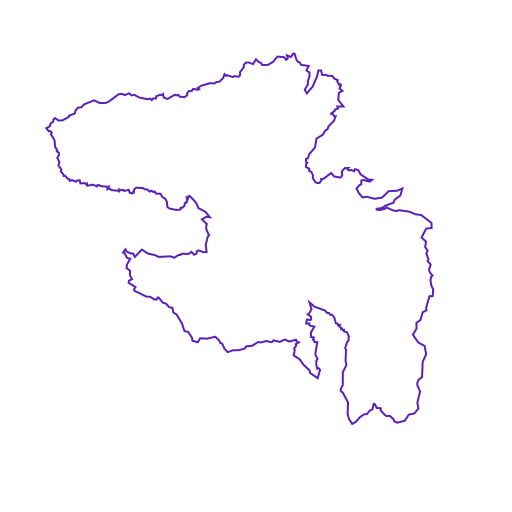 outline of Quito, Pichincha, Ecuador, rotated 348°
{"feature_id": "8360857B23484517950931", "entity_name": "Quito", "entity_type": "district", "adm_level": 2, "iso_a3": "ECU", "parent_name": "Ecuador", "parent_adm1": "Pichincha", "projection": "albers", "projection_center": [-78.517, -0.167], "detail": "fine", "context": "isolated", "style": "outline", "palette": "violet", "viewbox_px": 512, "rotation_deg": 348, "n_neighbors": 0, "source": "geoboundaries", "source_scale": "gbopen_adm2", "svg_char_len": 6027}
<svg xmlns="http://www.w3.org/2000/svg" viewBox="0 0 512 512"><g transform="rotate(348 256 256)"><path d="M402.0,387.4L402.2,379.0L396.8,374.4L393.1,365.6L398.0,360.3L399.0,354.7L403.5,352.8L407.4,345.7L411.4,344.6L411.8,341.8L417.3,331.4L420.5,332.0L422.4,325.4L421.4,321.7L421.6,315.8L423.1,312.7L424.6,311.9L422.5,307.9L422.5,305.2L425.1,300.6L422.8,296.7L424.0,295.1L423.1,289.0L425.0,286.3L423.3,282.6L425.3,277.4L421.8,272.3L428.2,264.6L433.6,265.1L434.5,260.1L426.1,250.3L420.6,248.3L415.4,244.6L405.1,240.8L403.1,241.4L399.1,239.7L393.8,235.7L391.5,236.7L386.3,236.8L383.7,235.7L383.8,234.9L389.0,235.3L393.0,233.7L401.7,232.4L403.4,229.7L409.8,226.8L413.2,220.4L407.5,221.5L399.2,220.2L391.4,225.1L383.9,224.7L376.5,221.0L372.4,220.9L369.7,215.9L368.4,210.8L371.7,208.3L373.9,207.8L374.7,204.1L376.9,204.0L382.6,206.9L385.3,205.7L381.5,204.3L375.3,197.9L373.9,193.3L370.8,191.6L369.6,193.5L367.1,191.7L364.5,191.5L363.4,189.7L364.4,189.1L361.2,188.5L357.6,191.0L357.1,195.0L355.0,196.9L348.9,194.4L346.8,190.4L337.9,194.6L335.7,194.3L335.7,195.6L333.4,197.7L331.2,197.4L329.5,196.1L327.7,191.5L328.5,189.1L327.7,185.4L325.6,183.7L326.2,181.6L323.4,179.4L324.0,176.7L325.6,175.5L324.6,174.4L325.1,171.5L327.1,171.2L329.1,167.6L336.3,162.1L339.5,153.8L346.7,151.2L349.6,147.9L352.5,146.6L353.8,144.3L360.4,139.9L363.0,135.8L361.6,135.5L360.6,133.2L359.1,132.7L359.4,131.9L362.9,130.7L363.7,129.2L366.8,128.9L366.6,126.7L372.6,127.9L368.9,120.3L371.0,113.6L374.9,112.5L372.5,109.5L373.7,108.0L373.3,106.7L374.4,106.8L374.5,105.8L372.4,104.6L371.8,102.1L372.5,101.0L369.4,98.7L368.1,95.8L363.5,94.6L362.3,93.3L358.4,92.8L358.2,88.0L355.6,87.5L353.1,93.0L346.7,102.0L339.6,107.5L338.3,103.5L342.4,99.0L343.3,95.2L345.6,91.7L346.5,87.7L343.9,85.0L347.1,81.1L339.8,78.4L339.0,75.7L337.5,75.0L336.4,72.7L335.8,66.1L334.7,65.7L331.6,68.6L328.0,66.2L328.2,69.3L326.3,70.4L324.8,67.4L318.4,65.4L313.2,69.6L307.3,71.6L301.8,70.4L300.9,68.0L299.0,66.9L296.9,63.6L293.0,67.6L289.1,65.2L286.2,64.7L283.8,66.6L283.2,69.0L278.7,72.7L278.0,76.0L276.3,77.0L272.4,75.6L270.5,76.1L265.2,73.1L264.3,73.6L263.0,71.6L260.9,75.0L256.7,77.8L253.2,77.7L251.3,78.6L246.9,77.4L237.5,78.1L234.1,79.5L235.1,81.0L233.8,81.3L229.3,79.5L227.5,81.2L224.3,80.8L222.3,82.8L222.2,84.3L219.2,85.8L214.5,84.3L213.6,82.2L211.3,82.4L210.1,81.4L202.0,84.0L198.7,81.8L198.7,78.2L197.2,79.1L195.8,78.4L191.7,79.0L190.9,81.1L188.3,80.5L186.3,81.8L185.4,80.1L182.3,80.0L174.7,76.7L170.5,73.1L167.7,73.0L165.7,70.5L160.9,71.4L159.0,69.7L155.3,69.2L143.8,74.5L140.1,75.1L134.7,73.7L130.1,70.1L119.6,71.9L116.0,74.2L112.8,73.9L110.0,75.9L108.4,78.9L102.2,79.9L101.7,81.1L94.8,83.1L91.0,82.4L88.1,79.3L86.2,80.5L85.3,82.7L82.8,83.5L81.2,86.3L77.5,87.4L79.2,90.9L80.4,90.8L82.0,92.7L80.7,94.1L83.0,100.8L82.2,107.7L83.6,111.1L82.9,112.2L84.7,114.0L84.2,116.4L82.1,118.6L83.2,123.2L81.6,126.3L83.6,131.1L82.6,132.8L84.5,135.8L84.5,137.8L85.9,137.8L88.2,141.7L89.6,142.2L89.5,143.8L91.9,143.5L95.3,145.9L96.6,145.0L99.2,145.3L99.3,148.5L103.6,149.1L104.8,150.7L105.7,150.1L105.6,152.2L111.3,152.3L114.9,154.9L115.7,153.7L117.2,153.9L118.2,155.2L125.2,157.4L124.9,158.3L126.2,157.8L125.2,159.6L126.3,159.2L128.4,161.5L134.8,163.6L135.6,162.7L135.7,164.2L136.9,163.3L140.0,163.8L140.5,165.0L145.2,164.8L145.8,168.0L148.1,169.1L148.9,168.0L149.7,168.5L150.7,165.5L153.2,164.3L159.7,166.1L160.9,167.6L163.5,168.3L165.3,170.9L167.3,170.4L169.1,172.1L170.3,171.9L171.0,174.1L175.4,175.2L176.9,179.1L179.1,181.1L180.1,184.6L179.5,189.7L181.1,191.5L187.6,194.4L191.7,194.8L192.5,193.2L193.6,193.6L196.4,192.1L197.3,189.7L199.3,189.2L199.2,187.5L199.6,188.3L200.4,187.5L200.3,186.0L200.8,186.7L202.0,184.5L201.5,183.8L203.6,183.4L208.5,191.4L209.6,197.1L215.9,202.5L218.9,208.5L215.6,207.3L210.7,209.0L214.6,214.5L213.3,216.9L213.0,220.3L214.5,226.1L213.0,226.8L209.2,234.5L208.5,241.8L205.8,241.5L200.7,238.5L199.1,239.1L198.3,241.3L195.7,241.9L193.7,238.5L190.4,240.0L183.6,238.3L182.3,239.3L180.4,238.9L175.7,240.7L172.2,238.5L160.7,236.7L157.3,234.1L150.8,231.2L145.7,226.0L137.3,231.7L136.3,228.0L133.9,227.5L130.4,224.7L129.8,222.3L126.7,225.0L128.0,225.7L129.4,231.0L132.4,232.5L127.8,237.8L127.0,241.0L129.8,244.3L128.7,248.6L129.9,252.9L126.6,253.8L125.8,255.7L131.7,261.3L129.9,263.1L129.7,264.6L140.3,272.9L144.2,274.0L147.4,277.3L149.6,278.0L151.0,276.2L152.2,276.5L155.0,282.2L158.2,284.0L160.4,288.0L163.4,289.2L163.4,294.1L166.3,297.0L169.6,306.8L170.4,314.5L173.9,316.2L176.4,322.7L176.2,325.7L181.2,328.3L184.2,324.9L191.1,326.7L199.3,326.5L202.3,330.8L202.9,333.5L204.8,334.9L205.9,340.3L208.4,344.2L213.7,343.4L219.9,344.6L226.0,344.1L227.5,342.3L233.7,343.0L240.1,340.6L242.9,341.6L248.1,341.3L253.5,343.6L255.5,342.1L261.4,345.0L266.7,343.6L270.8,346.6L277.7,346.2L277.9,347.8L279.9,349.4L276.5,350.5L276.7,352.0L274.1,354.4L274.3,356.2L272.2,361.2L277.3,366.1L279.8,372.2L284.6,379.0L284.6,381.6L290.9,388.3L295.0,380.7L293.9,378.7L292.5,379.1L292.3,375.0L293.4,370.8L294.8,369.6L293.5,364.7L298.0,353.0L295.3,352.3L295.3,350.4L294.3,349.6L295.6,347.7L293.0,346.7L293.9,342.2L298.4,337.2L294.6,335.5L293.8,334.7L294.2,333.0L291.0,332.5L292.6,328.7L296.0,330.0L296.7,329.1L297.3,326.9L294.5,323.8L295.9,323.4L299.2,319.6L298.7,312.4L302.7,317.8L312.1,323.6L313.7,326.4L315.7,327.0L316.4,329.0L318.2,329.3L319.8,332.4L320.1,338.3L322.0,339.4L321.8,340.6L323.8,340.8L322.9,342.3L324.1,343.7L324.0,345.2L325.1,345.0L325.7,346.7L326.6,346.5L326.5,348.0L329.0,349.4L330.1,353.8L328.9,358.1L327.3,359.0L324.1,364.6L324.6,366.6L321.8,377.0L321.8,381.4L316.8,387.7L314.0,400.4L311.2,403.7L310.9,406.0L312.4,407.5L315.6,418.4L312.8,429.4L313.0,434.6L315.2,440.3L319.4,438.8L324.5,435.1L328.7,433.4L331.8,433.6L335.2,430.8L337.9,430.3L340.4,425.1L341.6,425.9L342.5,429.7L346.3,430.8L345.9,433.3L349.2,438.6L350.4,439.7L353.7,440.2L356.6,444.3L356.9,446.4L359.4,448.4L367.3,448.1L372.4,443.0L378.2,442.9L383.2,438.9L383.3,433.2L388.3,422.6L386.9,415.9L387.5,413.4L389.6,410.6L393.2,409.1L397.0,394.3L402.0,387.4Z" fill="none" stroke="#5b21b6" stroke-width="2"/></g></svg>